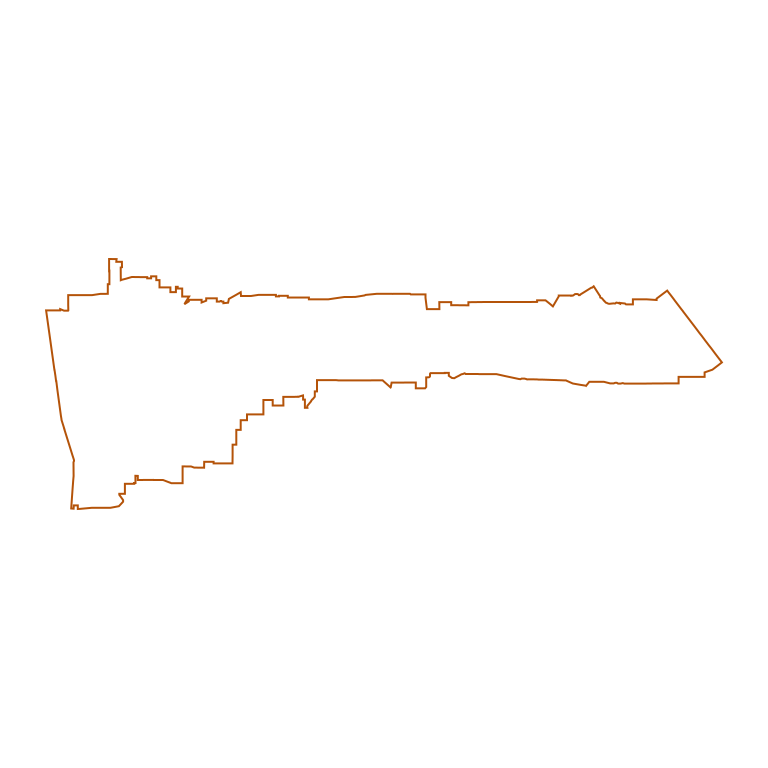 Kulin, Western Australia, Australia (Natural Earth projection)
{"feature_id": "25037944B90327134540623", "entity_name": "Kulin", "entity_type": "district", "adm_level": 2, "iso_a3": "AUS", "parent_name": "Australia", "parent_adm1": "Western Australia", "projection": "natural_earth1", "projection_center": [118.699, -32.766], "detail": "fine", "context": "isolated", "style": "outline", "palette": "amber", "viewbox_px": 768, "rotation_deg": 0, "n_neighbors": 0, "source": "geoboundaries", "source_scale": "gbopen_adm2", "svg_char_len": 5583}
<svg xmlns="http://www.w3.org/2000/svg" viewBox="0 0 768 768"><path d="M46.1,310.4L49.5,334.6L52.7,357.6L54.4,369.8L54.5,369.8L55.4,375.8L56.1,381.2L56.3,381.2L56.7,384.4L57.4,390.0L60.9,415.7L61.5,419.3L61.5,419.8L61.6,420.2L64.3,428.8L64.2,428.8L66.1,434.9L67.0,437.8L69.1,444.5L72.4,455.1L73.7,459.1L74.0,460.2L74.0,460.6L74.0,461.0L73.5,462.2L73.5,463.1L73.6,476.1L73.2,480.6L72.5,489.9L71.2,508.4L71.2,508.5L73.6,508.7L73.8,505.4L77.8,505.4L77.8,509.0L79.7,508.9L91.8,507.8L98.3,507.8L104.1,507.8L110.4,507.8L114.2,507.1L118.9,506.2L123.1,501.7L123.1,500.1L119.3,494.8L119.3,493.8L124.9,493.8L124.9,487.8L124.9,483.8L132.7,483.8L134.2,483.8L134.1,483.0L135.5,483.0L135.4,475.8L137.8,475.9L137.8,480.0L153.3,479.9L153.4,480.0L163.0,480.0L171.4,483.2L177.0,483.2L182.6,483.2L182.6,466.4L191.2,466.5L194.2,467.6L204.1,467.7L204.2,461.8L213.6,461.8L213.6,463.4L219.9,463.4L227.3,463.4L232.5,463.4L232.6,455.6L232.6,447.8L232.6,444.7L236.3,444.7L236.3,438.8L236.3,429.9L240.7,429.9L240.7,420.2L247.0,420.2L247.0,419.7L247.0,414.4L257.6,414.4L263.2,414.4L263.4,414.4L263.4,400.0L272.7,400.0L272.7,405.5L281.6,405.5L283.4,405.5L283.3,396.9L288.4,396.9L298.2,396.8L298.2,396.7L298.7,396.7L303.0,395.4L303.1,396.7L303.1,399.6L304.9,399.6L304.9,407.8L307.4,407.8L307.3,407.3L307.2,406.8L307.3,406.3L307.4,405.8L307.7,405.4L311.1,401.3L311.2,400.8L312.1,399.6L312.3,399.4L312.6,399.3L313.2,398.6L313.3,398.5L314.8,396.7L314.8,391.4L317.0,391.4L317.0,380.1L324.0,380.1L330.6,380.1L335.3,380.1L336.8,380.2L338.4,380.4L343.1,380.4L344.5,380.4L345.7,380.4L346.3,380.4L348.9,380.4L351.3,380.4L357.8,380.4L366.0,380.4L369.9,380.4L373.9,380.3L375.9,380.3L382.6,380.3L384.0,381.6L389.3,386.3L390.6,387.5L390.7,387.4L391.6,382.6L401.8,382.6L408.7,382.5L411.9,382.5L415.6,382.5L415.8,382.5L415.8,388.3L417.8,388.3L425.1,388.3L426.2,387.0L426.2,377.4L428.7,377.3L429.2,377.2L429.6,376.9L429.9,376.5L430.0,376.0L430.0,373.9L430.2,373.4L430.6,373.1L431.0,373.1L432.8,373.1L436.2,373.1L439.6,373.1L444.8,373.1L444.8,372.9L448.8,372.9L448.8,375.8L452.0,378.0L454.3,378.2L456.2,377.1L458.8,375.8L461.4,374.3L462.9,374.0L464.6,373.3L464.9,373.4L465.6,374.0L474.3,374.0L477.8,374.0L478.9,374.1L479.1,374.1L483.9,374.1L490.6,374.1L496.3,374.1L505.7,376.2L507.6,376.6L518.9,379.0L519.7,379.1L520.5,379.2L521.6,378.6L524.5,378.6L526.8,379.2L527.0,379.4L530.1,379.3L536.5,379.4L538.1,379.5L538.5,379.6L542.2,379.6L547.7,379.8L556.8,380.1L564.2,380.4L566.0,380.4L566.5,380.7L572.8,383.5L576.2,384.1L581.4,385.0L586.0,385.7L586.1,385.8L589.3,381.8L596.4,381.8L602.2,381.8L603.9,381.8L607.0,382.6L608.6,383.0L610.1,383.4L613.8,383.4L614.5,383.0L615.3,382.8L616.8,382.8L618.1,383.6L620.5,383.6L622.8,383.1L624.4,383.6L629.9,383.6L635.4,383.6L638.8,383.6L639.2,383.6L639.6,383.6L644.7,383.6L649.9,383.5L650.1,383.5L651.9,383.5L669.7,383.4L678.6,383.4L678.6,376.9L686.8,376.9L696.8,376.9L704.6,376.9L704.6,372.4L712.4,369.7L714.9,367.8L721.9,362.4L721.0,361.2L718.0,357.3L715.1,353.5L711.3,348.4L707.9,344.1L707.8,343.9L707.1,343.0L705.4,340.8L701.6,335.7L699.6,333.2L694.8,326.8L690.9,321.7L687.7,317.5L684.1,312.8L683.1,311.5L683.1,311.4L681.2,309.0L679.3,306.5L677.7,304.4L675.5,301.5L675.4,301.4L673.5,298.8L670.6,295.0L668.6,292.5L667.2,290.6L656.6,298.6L656.6,300.0L646.2,299.3L637.6,299.3L632.9,299.3L632.9,304.4L626.7,304.4L625.8,304.3L625.0,303.5L620.4,303.0L619.9,302.9L620.0,303.7L618.3,303.0L616.3,302.6L615.2,303.5L613.3,303.4L609.5,303.8L608.4,303.7L607.2,303.2L606.8,302.9L606.1,302.8L605.3,302.1L604.3,300.9L604.1,300.9L602.0,298.3L600.3,297.5L600.0,295.9L599.5,295.3L596.8,291.1L593.7,286.3L592.2,287.6L591.3,287.7L585.2,291.5L583.6,292.5L580.8,294.2L579.8,295.1L578.8,295.1L578.5,294.5L578.1,294.3L577.1,294.0L575.0,294.1L573.7,295.1L573.3,295.3L572.9,295.6L571.9,295.7L572.0,295.5L567.1,295.5L558.8,295.5L558.9,296.1L552.9,306.4L550.1,304.0L550.0,303.9L545.5,300.3L538.7,300.3L537.1,300.3L537.1,301.9L528.9,302.0L515.2,302.0L506.8,302.0L493.2,302.0L485.3,302.0L468.4,302.2L468.4,305.3L465.7,305.3L455.1,305.2L451.2,305.2L451.2,302.1L439.3,302.1L439.4,309.1L432.3,309.1L426.9,309.1L425.5,297.8L425.5,294.4L414.2,294.4L410.7,294.4L410.0,293.8L408.3,293.8L403.1,293.8L399.6,293.8L393.3,293.8L392.7,293.9L392.2,293.8L389.1,293.8L379.9,293.8L376.8,293.8L370.8,294.4L365.6,294.9L365.0,295.2L364.7,295.4L362.9,295.7L359.3,296.3L355.5,296.9L351.2,297.0L344.3,297.0L337.3,298.0L328.5,299.3L323.7,299.3L315.8,299.3L308.9,299.3L308.9,297.5L301.8,297.5L287.8,297.5L287.8,295.8L282.7,295.8L279.0,295.8L279.0,296.4L275.9,296.4L275.9,294.9L269.0,294.9L258.3,294.9L251.0,296.0L246.3,296.0L241.0,296.0L240.7,292.2L236.4,294.7L228.9,298.9L228.1,302.7L223.4,303.2L223.4,301.6L221.8,301.6L221.3,301.0L220.5,301.0L219.7,301.6L216.8,301.6L216.8,298.3L209.2,298.3L206.2,298.3L206.2,300.7L201.6,302.5L201.6,299.8L188.8,299.8L188.8,301.4L184.4,304.2L184.6,303.9L184.8,303.5L185.0,303.2L185.1,302.9L189.1,296.5L182.2,296.5L182.2,288.5L177.7,288.5L177.7,286.8L175.9,286.8L175.9,292.1L170.4,292.1L170.4,287.4L168.7,287.4L165.2,287.4L159.5,287.4L159.5,283.3L159.5,280.1L156.3,280.1L156.3,276.3L151.1,276.3L151.1,278.3L147.2,278.3L147.2,277.1L143.1,277.1L139.7,277.1L131.8,277.0L126.0,278.7L121.8,279.8L120.8,280.2L120.7,267.5L122.0,267.2L121.9,261.8L116.3,261.8L116.4,260.4L116.6,259.1L109.1,259.0L109.1,262.4L109.1,266.9L109.1,271.0L109.4,270.9L109.4,271.1L109.4,284.2L107.8,284.2L107.8,293.8L103.1,293.9L100.2,293.9L92.3,295.1L80.3,295.1L73.3,295.1L68.2,295.1L68.2,304.9L68.3,309.4L68.3,310.5L68.1,310.7L64.1,310.7L60.2,309.1L60.2,310.4L49.4,310.4L46.2,310.4L46.1,310.4Z" fill="none" stroke="#b45309" stroke-width="2"/></svg>